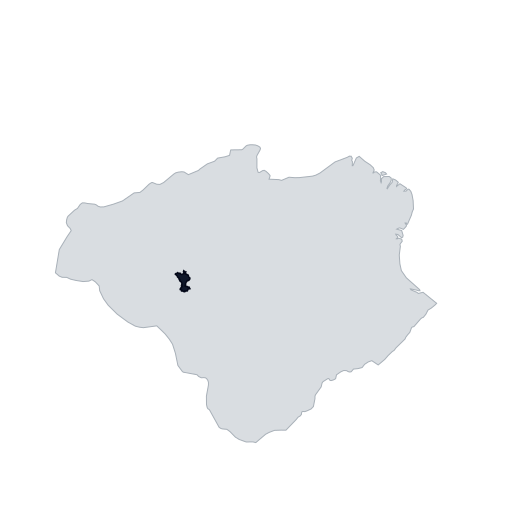 location of Gwaram, Jigawa, Nigeria, rotated 222°
{"feature_id": "59680162B43366957039329", "entity_name": "Gwaram", "entity_type": "district", "adm_level": 2, "iso_a3": "NGA", "parent_name": "Nigeria", "parent_adm1": "Jigawa", "projection": "robinson", "projection_center": [9.954, 11.204], "detail": "fine", "context": "in_parent", "style": "filled", "palette": "ink", "viewbox_px": 512, "rotation_deg": 222, "n_neighbors": 0, "source": "geoboundaries", "source_scale": "gbopen_adm2", "svg_char_len": 6992}
<svg xmlns="http://www.w3.org/2000/svg" viewBox="0 0 512 512"><g transform="rotate(222 256 256)"><path d="M393.8,109.3L406.5,129.2L409.3,143.9L410.3,151.2L412.4,152.1L416.4,152.4L419.3,153.9L421.0,156.3L422.1,158.6L422.3,159.9L421.5,168.7L420.5,171.9L421.1,176.3L420.9,178.2L420.5,179.4L418.7,180.9L416.3,182.3L410.6,186.5L409.0,187.1L406.6,187.3L404.5,188.3L402.0,190.6L396.7,199.0L392.1,207.5L388.8,221.3L384.8,225.6L384.1,229.4L383.5,237.9L382.8,240.5L382.2,241.3L377.8,242.9L375.3,244.9L373.8,248.8L371.9,262.0L371.3,264.1L369.8,266.4L367.6,268.9L365.7,270.3L360.7,271.2L356.0,281.1L355.9,282.9L353.8,291.9L350.2,298.7L350.0,303.1L345.4,309.0L343.0,313.1L345.5,317.4L345.7,318.0L337.8,325.3L337.3,326.3L337.0,331.3L336.4,332.7L335.0,334.5L332.8,336.5L330.7,338.1L328.3,339.1L325.9,339.5L324.6,338.9L323.9,337.4L322.5,331.3L321.9,330.0L320.3,328.8L314.3,322.1L310.6,319.7L309.8,319.9L309.2,320.6L308.2,323.9L307.2,325.2L305.2,325.6L301.9,325.6L299.4,325.2L298.9,324.5L297.7,321.8L290.2,328.0L287.6,329.3L284.2,336.6L279.5,340.2L276.2,343.3L267.5,353.1L265.7,356.0L264.0,360.4L260.2,378.8L254.2,390.4L253.4,392.8L253.0,392.8L252.2,393.8L249.9,393.1L248.8,391.0L247.4,390.6L244.9,387.5L244.4,388.0L247.0,396.0L246.0,399.1L238.6,399.2L232.2,400.2L227.9,400.1L225.7,399.0L224.7,396.0L224.3,396.3L224.1,397.9L222.7,399.2L217.8,399.4L215.6,397.4L213.9,395.1L212.0,394.1L212.3,395.0L214.5,397.3L214.2,400.5L210.2,404.2L207.7,404.4L206.2,402.8L205.4,400.2L205.0,396.3L203.9,393.8L203.4,393.8L204.1,398.0L204.1,401.9L206.0,404.9L203.1,405.9L199.6,406.0L199.2,404.9L198.7,402.4L198.1,401.7L197.4,406.0L190.3,407.1L189.3,407.0L189.1,406.2L189.6,405.0L189.5,403.1L187.9,404.6L187.7,407.5L186.8,408.0L184.1,407.6L181.1,406.0L176.3,402.3L170.4,396.3L169.5,393.5L167.8,390.2L164.7,381.0L165.3,380.6L166.6,381.1L167.3,380.2L164.9,379.6L164.3,378.9L164.2,376.9L164.3,374.4L168.0,373.1L168.9,371.6L169.4,370.1L164.8,372.4L160.5,369.8L159.6,368.2L160.1,367.0L165.0,366.9L166.8,365.7L165.7,365.3L163.8,365.3L163.1,364.6L163.2,362.7L162.6,363.1L161.8,364.8L158.9,366.0L157.2,364.8L157.0,362.0L156.7,360.8L155.2,359.8L150.2,352.6L143.9,346.5L138.2,342.4L129.7,340.4L111.9,340.5L110.9,339.9L112.0,338.9L113.5,338.3L119.3,334.9L118.3,334.5L112.3,336.6L110.3,336.8L107.6,340.8L90.1,341.7L90.1,339.9L90.9,334.5L92.0,330.9L90.8,326.4L90.6,322.4L91.3,321.1L91.6,319.6L91.4,309.2L92.4,307.7L92.4,306.6L90.6,302.2L90.6,298.8L90.3,295.6L89.7,294.1L90.5,281.4L90.2,278.3L90.8,276.1L91.2,270.6L91.1,265.3L92.3,256.8L99.9,255.7L101.7,252.4L102.8,248.2L102.5,244.1L104.9,240.5L107.9,237.2L107.8,233.7L108.6,232.6L110.0,231.8L112.0,231.4L114.2,229.6L115.5,226.6L116.7,221.6L114.8,218.2L114.9,217.4L115.6,215.6L116.8,213.7L117.8,213.1L119.9,213.6L120.6,212.9L122.1,207.5L122.0,206.0L120.0,202.3L118.9,192.5L118.3,191.2L116.7,189.4L112.6,182.5L112.7,179.2L114.5,175.0L115.6,173.0L117.2,171.8L117.6,170.9L117.1,169.7L116.3,168.8L116.1,166.9L116.9,164.3L116.7,161.4L117.2,146.6L120.6,143.6L125.6,138.8L128.2,133.7L129.6,129.9L131.3,117.2L133.9,115.8L138.9,111.2L145.7,108.4L150.1,107.6L157.8,108.1L161.7,107.7L165.0,105.2L166.5,104.4L168.7,104.0L187.8,110.6L189.6,110.3L191.0,110.8L193.4,112.5L199.1,118.7L205.0,128.3L206.8,130.3L208.7,131.4L210.6,131.8L212.0,131.7L213.4,130.7L215.2,128.9L218.0,128.1L220.4,128.3L232.3,121.0L233.5,120.9L240.8,122.4L250.8,129.8L259.0,134.6L264.8,136.2L271.5,137.3L283.0,137.7L291.7,127.4L295.0,125.1L298.8,123.1L306.9,121.2L320.3,119.9L332.9,120.5L340.7,122.2L348.9,125.6L352.5,128.8L358.1,129.3L362.1,128.7L363.4,125.5L367.4,121.3L373.4,117.4L378.3,114.7L382.3,113.5L385.9,110.4L388.8,109.4L393.8,109.3ZM218.3,403.5L215.6,404.5L213.8,404.3L216.2,400.1L217.5,401.0L219.0,401.3L218.3,403.5Z" fill="#d9dde1" stroke="#a8b0b8" stroke-width="1"/><path d="M283.3,187.5L283.6,187.6L283.9,187.6L284.0,187.7L284.3,187.8L284.4,187.7L284.5,187.7L284.5,187.8L284.6,188.0L284.8,188.0L284.9,187.9L285.0,188.0L285.1,187.9L285.3,187.8L285.4,187.7L285.5,187.7L285.8,187.5L285.7,187.5L285.8,187.4L285.8,187.2L286.0,187.2L286.3,187.1L286.5,187.2L286.6,187.3L287.1,187.2L287.3,187.0L287.3,186.9L287.5,186.9L287.6,186.7L287.7,186.8L287.8,186.8L287.9,186.7L288.0,186.6L288.0,186.4L288.3,186.3L288.4,186.2L288.5,186.2L288.8,186.2L288.9,186.3L289.0,186.6L289.0,186.8L289.1,187.1L289.2,187.5L289.3,187.8L289.5,187.8L289.6,188.1L289.8,188.5L290.0,188.8L290.1,188.7L290.2,188.8L290.3,188.8L290.3,189.0L290.2,189.1L290.3,189.4L290.3,189.5L290.4,189.8L290.4,190.0L290.5,190.1L290.5,190.4L290.4,190.5L290.3,190.8L290.4,191.0L290.5,191.3L290.7,191.6L290.6,192.0L289.7,192.6L289.6,192.9L289.8,193.3L289.7,193.6L289.7,193.8L289.7,194.0L289.7,194.3L289.8,194.6L289.9,194.8L290.1,195.0L290.4,195.4L290.7,195.3L291.7,195.3L292.8,195.9L293.3,196.3L293.9,196.4L294.0,196.0L294.4,195.9L295.0,196.1L295.4,196.0L296.2,195.3L296.8,195.3L296.8,196.2L297.0,196.5L297.4,196.7L297.7,196.7L297.8,196.7L297.8,196.8L297.9,196.7L298.0,196.7L298.1,196.8L298.3,196.8L298.5,196.9L298.8,196.8L299.0,196.7L299.5,196.7L299.8,196.7L299.4,195.8L299.1,195.6L298.8,195.5L298.4,195.4L298.2,195.1L298.0,194.8L298.0,194.6L298.1,194.4L298.2,194.1L298.2,193.8L298.3,193.7L298.4,193.2L298.5,193.1L298.7,192.8L298.8,192.7L299.0,192.4L299.3,192.3L299.4,192.2L299.5,192.2L299.8,192.0L300.0,192.0L300.3,192.2L300.4,192.4L300.5,192.5L300.7,192.4L300.9,192.4L301.0,192.3L301.2,192.2L301.3,192.0L301.2,191.9L301.3,191.8L301.4,191.7L301.5,191.6L301.7,191.3L301.8,191.2L302.0,191.2L302.3,191.1L302.4,190.9L302.5,190.9L302.7,191.0L302.8,191.1L302.9,191.3L303.0,191.3L303.0,191.2L303.1,190.9L303.0,190.6L303.2,190.2L303.3,190.1L303.3,189.9L303.5,189.7L303.8,189.4L303.8,189.1L303.8,188.9L303.9,188.7L303.7,188.4L303.4,188.4L303.2,188.5L302.9,188.5L302.7,188.6L302.0,188.5L301.5,188.6L300.8,188.2L300.7,188.1L300.3,187.9L300.2,187.9L299.9,187.9L299.7,187.9L299.3,187.9L299.0,188.0L298.9,187.9L298.6,187.9L298.4,187.8L298.1,187.7L297.9,187.4L297.6,187.5L297.4,187.5L297.0,187.5L297.1,187.2L296.7,187.0L296.4,186.7L296.2,186.6L295.8,186.5L295.5,186.6L295.2,186.6L294.5,186.6L294.0,186.7L293.7,186.6L293.1,186.2L292.9,186.2L292.7,186.1L292.5,185.9L292.5,186.0L292.3,185.6L292.1,185.1L291.3,185.0L291.3,184.9L291.4,184.0L291.2,184.0L290.9,183.9L290.5,183.7L290.4,183.7L290.5,183.5L290.5,183.4L290.6,183.0L290.6,182.9L290.4,182.8L290.4,182.7L290.5,182.5L290.5,182.4L290.5,182.1L290.4,182.0L290.3,181.9L290.3,181.6L290.3,181.4L290.4,181.2L290.3,180.9L290.2,180.7L289.9,180.5L289.9,180.4L289.7,180.3L288.2,181.0L287.8,180.3L287.7,180.4L287.2,180.9L286.9,180.9L286.1,181.2L285.8,181.2L285.6,181.4L285.7,181.7L285.7,181.8L285.5,181.7L285.5,181.8L285.4,182.0L285.0,182.1L284.9,182.2L285.0,182.6L285.1,182.8L285.0,183.0L284.9,183.0L284.8,183.3L284.7,183.4L284.6,183.5L284.4,183.5L284.2,183.6L283.9,183.7L283.9,183.9L283.8,184.0L283.7,184.1L283.7,184.3L283.7,184.5L283.9,184.7L284.0,184.9L284.1,185.0L284.3,185.3L284.3,185.5L284.3,185.8L284.3,186.0L284.2,186.1L284.1,186.3L283.9,186.5L283.5,187.1L283.5,187.3L283.3,187.5Z" fill="#0f172a" stroke="#020617" stroke-width="1.5"/></g></svg>